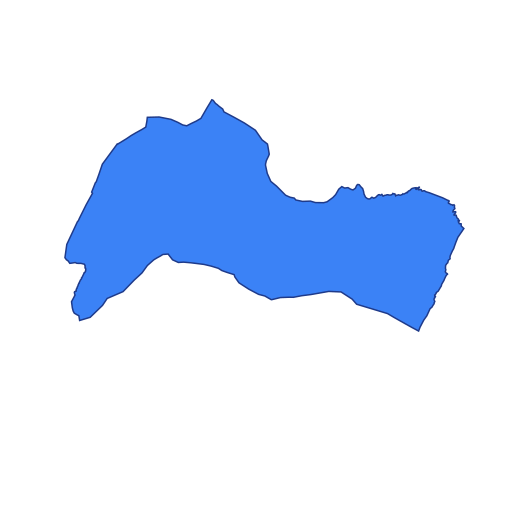 Mountain Province, Mountain Province, Philippines (Equal Earth projection), rotated 29°
{"feature_id": "2640588B69436428808540", "entity_name": "Mountain Province", "entity_type": "district", "adm_level": 2, "iso_a3": "PHL", "parent_name": "Philippines", "parent_adm1": "Mountain Province", "projection": "equal_earth", "projection_center": [121.216, 17.057], "detail": "fine", "context": "isolated", "style": "filled", "palette": "blue", "viewbox_px": 512, "rotation_deg": 29, "n_neighbors": 0, "source": "geoboundaries", "source_scale": "gbopen_adm2", "svg_char_len": 5830}
<svg xmlns="http://www.w3.org/2000/svg" viewBox="0 0 512 512"><g transform="rotate(29 256 256)"><path d="M93.7,187.4L95.2,191.0L97.1,196.7L94.9,200.6L91.3,206.3L88.4,211.2L85.7,216.5L80.6,225.5L80.3,225.4L77.1,250.2L78.0,255.1L79.0,260.6L80.3,268.6L80.0,269.9L81.3,279.8L82.6,280.4L82.6,293.6L83.3,309.2L83.4,309.5L83.5,311.3L83.2,312.6L84.9,337.6L89.7,350.1L92.0,351.2L94.1,351.4L96.7,352.7L99.0,351.0L101.0,349.4L103.0,349.2L106.5,347.3L109.9,346.4L111.1,347.2L111.1,347.3L111.3,347.4L111.4,347.5L111.5,347.6L111.6,348.2L111.8,348.5L112.0,348.9L112.2,349.1L112.3,349.1L112.3,349.3L112.6,349.5L112.8,349.3L113.1,349.5L113.2,349.8L113.6,350.2L113.8,350.6L113.9,351.2L114.0,351.3L114.3,351.7L114.3,352.0L114.2,352.3L114.2,352.5L114.2,352.8L114.3,353.1L114.3,353.3L114.2,353.6L114.1,353.8L113.8,354.0L113.8,354.3L113.9,354.6L114.0,354.9L114.0,355.2L114.2,359.0L114.1,359.5L114.0,359.8L114.1,360.0L114.3,360.1L114.3,360.3L114.4,360.5L114.4,360.8L114.3,361.3L114.3,361.6L114.1,362.0L114.3,365.0L114.3,365.3L114.5,365.4L114.5,365.6L114.4,365.7L114.3,365.9L114.4,366.5L114.4,366.8L114.4,367.1L114.5,367.7L114.7,368.0L114.7,368.6L114.7,368.9L114.8,369.4L114.7,369.8L114.8,370.4L115.1,370.7L115.0,371.4L115.0,371.7L114.9,372.1L115.0,372.4L115.3,372.9L115.3,373.3L115.6,373.5L115.7,373.9L115.7,374.1L115.3,374.5L115.1,374.6L114.7,375.1L114.7,375.8L115.2,376.3L115.4,376.7L115.5,376.8L115.8,377.2L116.0,377.3L116.6,377.8L116.7,378.1L116.6,378.7L116.6,378.8L116.7,379.0L116.8,385.4L120.5,390.4L122.8,392.8L124.8,394.1L127.8,394.2L130.0,394.1L133.0,397.9L140.7,390.0L145.7,373.6L146.4,365.3L157.0,351.6L161.2,336.0L163.0,330.6L164.5,326.0L165.6,317.0L168.4,309.0L170.1,306.0L172.5,302.2L173.8,299.8L178.2,296.9L184.9,299.8L191.2,299.3L195.6,296.5L202.6,293.4L214.5,288.6L221.6,286.6L229.1,285.0L233.1,285.3L238.6,284.4L245.9,282.9L247.7,284.6L254.1,287.7L265.7,288.5L276.8,288.3L283.1,286.7L290.4,286.8L290.9,286.6L297.5,280.5L305.1,275.9L308.7,274.0L315.2,268.6L322.7,263.1L336.8,251.7L347.8,246.2L361.0,247.1L367.4,249.4L398.9,242.6L406.7,242.8L419.8,242.9L427.4,242.9L434.6,242.8L434.0,238.8L433.8,230.7L434.4,225.5L433.8,217.7L434.7,215.4L434.7,213.4L434.9,211.8L434.8,211.1L434.6,210.6L434.5,210.4L434.4,210.2L434.5,210.0L434.5,209.7L434.5,209.2L434.4,209.0L434.2,208.9L432.9,207.9L432.7,207.5L432.6,207.1L432.4,206.5L432.4,206.2L432.6,206.1L432.5,205.7L432.7,204.6L432.6,204.4L432.4,204.3L432.0,204.5L431.9,204.5L431.8,204.3L431.7,204.3L431.4,203.7L431.2,203.5L431.5,202.9L431.6,202.0L431.7,201.6L431.4,200.5L432.4,198.4L432.5,195.0L432.5,194.4L432.6,192.4L432.1,190.7L432.2,187.0L432.2,186.2L432.0,184.7L431.8,181.5L431.9,180.2L432.3,179.0L431.8,178.7L430.5,178.7L429.2,178.0L429.0,177.0L428.6,175.8L427.7,175.0L426.4,172.3L426.6,169.9L427.0,169.0L426.3,166.5L426.6,165.6L427.0,165.0L427.0,164.1L426.3,163.3L425.7,161.4L425.3,156.4L425.3,153.6L424.9,151.6L424.2,147.3L423.5,141.8L424.5,131.2L421.0,130.3L419.8,128.4L418.8,128.8L418.3,129.2L418.1,129.2L417.6,128.7L416.5,128.1L416.5,127.8L416.6,127.4L416.8,127.0L416.8,126.5L416.7,126.3L416.4,126.3L416.0,127.1L415.7,127.1L415.5,126.3L415.1,125.7L414.8,125.5L414.5,125.4L414.1,125.4L413.5,125.3L413.1,125.0L412.0,124.1L411.6,123.5L411.1,123.3L410.6,123.5L410.4,123.5L410.0,123.7L409.6,124.2L409.4,124.2L409.1,123.6L409.5,122.0L409.6,121.3L409.4,120.8L409.1,120.5L408.3,120.8L407.9,121.2L407.4,121.6L406.9,122.0L406.5,121.4L406.4,119.6L406.8,118.8L407.0,118.2L406.5,117.6L405.9,117.3L405.6,116.5L405.2,115.6L404.3,115.2L403.4,116.3L402.8,116.1L402.4,116.1L402.0,116.3L401.6,116.6L401.2,116.6L400.8,116.5L399.5,116.3L399.2,116.4L399.0,116.6L398.8,116.6L398.5,116.3L398.2,115.5L398.2,115.2L398.4,114.6L398.3,114.3L398.1,114.2L397.8,114.1L397.5,114.1L397.3,114.3L391.1,114.6L382.8,115.8L377.2,116.6L373.9,117.3L373.5,117.4L373.2,117.4L372.5,117.3L371.7,117.3L370.8,117.8L370.6,117.9L370.4,118.3L370.2,118.6L369.7,118.7L369.4,118.7L369.1,118.5L368.8,118.3L368.6,118.0L368.4,117.9L367.9,117.9L367.7,118.0L367.1,118.4L366.9,118.6L366.8,118.8L366.6,119.0L366.3,119.2L365.9,119.3L365.6,119.2L365.4,118.8L365.4,118.5L365.5,117.6L365.6,116.8L365.5,116.6L365.4,116.6L365.2,116.7L365.0,117.2L365.0,117.3L365.1,117.8L365.0,118.0L364.7,118.2L364.0,118.2L363.8,118.3L363.7,118.5L363.8,118.8L364.0,119.0L364.0,119.6L364.0,119.8L363.8,120.1L363.7,120.1L363.3,120.0L363.2,119.9L363.1,119.0L363.0,118.8L362.8,118.7L362.7,118.8L361.3,119.8L359.8,121.2L359.5,121.8L359.0,123.1L358.9,123.8L358.5,124.6L358.0,125.0L357.8,125.6L357.6,126.0L357.8,126.7L357.6,127.3L357.0,127.3L356.6,128.4L356.3,128.5L355.7,129.7L355.2,130.1L354.7,130.4L354.3,130.4L354.3,131.1L353.7,131.7L353.2,132.4L352.6,133.0L352.2,133.1L351.1,133.3L350.4,134.0L349.6,134.8L349.1,134.9L349.0,135.6L347.2,134.3L346.6,134.9L345.4,134.9L345.3,135.8L344.9,136.7L344.1,137.5L342.6,138.3L341.8,138.4L340.8,139.0L340.2,139.8L339.2,140.5L338.2,141.9L337.6,142.0L337.1,141.5L336.2,141.1L335.5,142.4L334.0,142.6L333.4,143.1L332.8,144.6L332.2,146.8L330.9,148.4L329.5,148.3L328.8,148.5L327.9,150.8L327.2,151.4L325.6,151.8L323.3,151.5L320.4,149.4L318.7,147.3L316.6,145.3L314.1,144.6L311.7,143.6L310.3,144.1L309.8,145.4L310.1,148.5L308.8,151.2L306.4,151.7L303.3,151.6L300.6,153.6L297.4,153.7L296.0,157.4L295.9,163.7L294.9,167.6L291.9,174.1L291.7,174.3L289.3,176.6L282.0,180.5L277.0,181.6L270.2,185.7L263.7,187.7L261.4,186.8L257.2,188.1L252.4,188.5L240.0,184.9L232.8,183.6L225.8,178.3L220.4,172.1L219.7,170.8L219.4,169.6L218.9,168.0L218.8,167.2L218.5,162.3L218.2,160.5L213.0,154.0L211.7,152.5L205.0,151.5L194.5,146.3L181.3,145.3L170.1,145.3L158.1,145.5L155.6,143.6L150.6,142.9L148.6,142.4L146.7,142.2L145.2,141.6L143.8,140.9L142.6,140.6L141.6,140.8L141.6,142.0L141.5,145.5L141.3,150.6L141.1,162.3L138.4,166.9L135.1,171.5L132.3,175.7L128.4,176.9L122.7,177.0L115.4,177.7L103.9,181.4L93.7,187.4Z" fill="#3b82f6" stroke="#1e3a8a" stroke-width="1.5"/></g></svg>